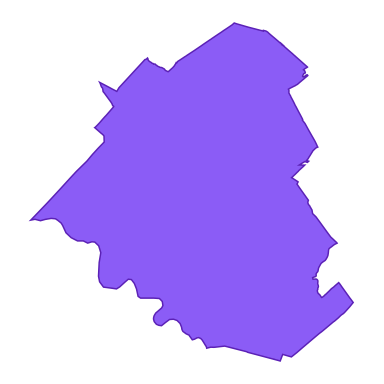 Costestii Din Vale, Dâmbovita, Romania
{"feature_id": "2599482B66732417468011", "entity_name": "Costestii Din Vale", "entity_type": "district", "adm_level": 2, "iso_a3": "ROU", "parent_name": "Romania", "parent_adm1": "Dâmbovita", "projection": "albers", "projection_center": [25.499, 44.642], "detail": "fine", "context": "isolated", "style": "filled", "palette": "violet", "viewbox_px": 384, "rotation_deg": 0, "n_neighbors": 0, "source": "geoboundaries", "source_scale": "gbopen_adm2", "svg_char_len": 5425}
<svg xmlns="http://www.w3.org/2000/svg" viewBox="0 0 384 384"><path d="M338.7,282.6L335.3,285.5L333.6,287.1L331.4,288.7L329.5,290.7L327.0,293.1L326.2,294.0L325.3,294.5L324.5,295.5L322.9,296.8L322.3,297.3L321.6,297.5L321.4,297.3L320.8,296.3L319.7,294.7L318.9,294.0L318.2,293.4L317.6,292.2L317.3,290.7L317.6,289.7L317.8,289.4L317.8,288.1L318.2,287.3L318.4,286.5L318.2,285.2L317.8,284.2L317.7,283.4L317.9,281.7L317.8,280.5L317.4,279.9L316.7,279.2L315.9,279.0L313.0,279.2L312.6,277.6L313.5,277.3L315.7,276.5L316.2,275.9L316.1,274.0L316.7,272.8L317.8,271.6L318.1,270.5L318.5,268.3L318.8,267.5L320.5,264.4L321.1,263.4L322.5,262.2L325.2,260.4L326.2,259.0L327.3,257.0L327.9,255.5L328.2,253.7L328.4,252.1L328.5,250.5L328.7,249.5L329.1,248.6L330.2,247.7L331.6,246.7L333.2,245.4L334.6,244.4L335.8,243.8L337.1,243.2L336.8,242.7L335.4,241.4L333.1,239.2L330.8,237.1L329.3,235.1L326.5,231.3L322.8,226.2L319.4,221.5L317.9,219.5L316.1,217.0L315.8,216.7L312.6,213.6L312.0,210.0L310.7,207.8L310.6,207.5L310.2,207.0L309.8,206.0L308.4,204.4L308.3,204.0L308.0,203.3L307.9,202.7L307.8,202.1L308.4,200.3L305.0,195.5L302.0,191.3L299.6,187.9L297.0,184.1L298.1,181.9L292.4,178.1L291.6,177.7L293.4,176.0L294.2,175.2L294.8,174.7L296.0,173.5L296.5,173.0L297.4,172.1L298.2,171.4L298.9,170.5L300.9,168.7L302.0,167.7L303.0,166.8L304.7,165.1L302.3,165.1L301.3,165.0L301.1,165.0L299.3,165.0L301.9,163.3L304.9,161.6L307.4,162.4L308.7,161.2L306.6,160.5L308.1,158.7L308.7,157.6L310.0,155.6L313.0,150.7L315.3,148.5L316.6,147.5L317.1,147.4L317.8,147.1L317.4,146.4L317.3,146.2L316.5,144.4L315.0,141.3L312.8,137.4L312.6,137.1L308.9,130.6L305.0,123.5L302.4,120.1L302.6,119.8L302.7,119.5L302.5,119.1L302.1,118.3L300.8,115.8L298.8,112.1L295.9,106.5L295.3,105.6L294.4,103.6L293.2,101.2L292.1,99.1L290.9,96.9L290.4,95.6L289.9,94.9L289.5,94.1L289.0,93.2L288.9,92.6L288.9,91.6L289.0,90.9L288.9,90.3L288.7,89.7L288.4,89.2L289.2,88.7L290.3,88.1L290.9,87.8L291.5,87.5L294.1,86.2L295.2,85.7L295.8,85.3L296.2,85.0L297.4,84.4L298.8,83.2L299.8,82.3L301.0,81.3L301.6,80.8L302.5,80.0L303.3,79.4L303.8,79.0L304.3,78.5L307.8,75.6L307.4,74.9L306.7,74.9L306.1,75.1L304.7,76.3L303.6,76.9L303.1,76.8L302.6,76.2L302.7,75.7L303.4,74.5L303.5,74.2L303.6,73.8L304.6,73.3L305.3,72.9L305.3,72.5L304.8,71.1L304.2,70.2L303.5,69.8L304.4,69.0L305.2,68.5L307.4,67.2L307.5,67.1L307.2,66.8L293.1,54.3L293.0,54.2L292.8,54.0L292.3,53.5L292.0,53.3L288.2,50.0L284.1,46.4L283.0,45.5L282.7,45.3L283.2,45.3L281.8,44.0L280.3,42.7L280.1,42.9L277.6,40.7L277.0,40.2L269.0,33.4L268.4,32.8L267.7,32.1L266.9,31.6L266.3,31.2L265.4,30.9L264.7,30.7L264.2,30.6L263.5,30.4L263.5,30.6L263.4,31.1L248.4,27.2L236.6,23.8L234.2,23.0L232.2,24.8L230.6,25.9L226.3,28.8L223.4,30.7L221.3,32.2L218.4,34.1L215.3,36.2L209.1,40.4L203.8,44.0L201.4,45.7L198.9,47.4L193.6,51.0L192.5,51.7L189.3,53.8L184.9,56.7L181.0,59.3L177.6,61.5L176.7,62.9L176.2,62.6L175.9,63.2L175.3,64.3L174.5,65.5L174.0,66.3L173.5,66.8L172.6,67.8L171.0,69.2L168.6,71.4L168.1,71.7L165.3,70.4L164.7,69.4L164.4,69.2L164.1,68.8L163.7,68.7L163.3,68.4L162.9,68.2L162.6,68.0L162.0,67.7L161.5,67.5L160.5,67.4L159.9,67.3L159.6,67.2L159.3,66.9L158.7,66.7L158.1,66.4L157.7,66.2L157.3,66.1L157.2,66.0L157.1,65.7L156.9,65.5L156.7,65.3L156.2,65.2L155.8,64.8L155.5,64.4L155.2,64.1L154.8,64.0L154.1,64.1L153.7,64.2L153.4,63.9L153.3,63.7L153.1,63.5L152.8,63.5L152.4,63.3L152.1,63.2L151.8,63.0L151.6,62.9L151.3,62.6L151.0,62.3L150.7,62.2L150.3,62.0L149.8,61.6L149.4,61.4L148.7,60.7L148.1,59.9L147.9,59.5L148.0,59.3L148.0,59.0L147.9,58.7L147.7,58.3L147.5,58.0L146.3,59.2L144.9,59.6L140.2,64.7L119.0,87.7L116.8,91.4L112.0,88.9L110.0,87.8L104.5,84.9L99.7,82.4L100.0,83.0L100.3,83.6L100.8,85.2L101.5,87.0L102.4,87.9L102.8,89.4L103.1,91.6L104.2,92.9L110.8,101.9L112.0,103.7L112.4,105.0L113.0,105.9L113.6,106.2L113.7,106.7L113.2,107.3L111.8,108.9L111.1,109.7L110.7,110.2L109.9,111.1L105.8,115.8L104.9,116.7L102.4,119.5L100.0,122.3L99.1,123.3L96.7,125.8L95.2,127.3L94.7,127.6L101.3,133.4L102.1,134.0L103.6,135.4L104.0,136.1L104.2,142.0L101.6,144.7L98.2,148.2L96.1,150.5L92.6,154.3L91.0,156.2L86.9,161.1L76.5,171.3L76.3,171.6L76.0,171.8L69.8,178.5L59.3,190.0L47.6,202.6L45.7,204.6L30.8,220.1L35.0,219.3L40.5,220.7L45.2,219.4L48.1,218.9L51.2,218.4L55.5,218.8L57.9,220.4L61.2,223.1L62.7,225.6L66.0,232.8L71.2,237.7L77.5,240.9L83.3,240.9L87.7,243.1L91.9,241.8L94.8,242.1L98.7,245.8L100.8,252.7L99.2,262.4L98.5,276.2L99.6,281.8L103.5,287.1L111.8,288.2L116.5,288.9L119.7,286.9L125.2,281.9L128.3,279.2L131.4,279.6L134.3,283.4L136.5,288.9L138.1,296.4L140.6,298.1L146.8,298.1L153.5,298.1L159.4,298.5L162.3,301.5L162.9,305.6L161.7,307.9L155.8,313.0L155.7,313.1L154.2,315.6L153.7,317.2L153.5,319.0L154.2,321.6L156.4,324.3L158.8,325.3L161.5,325.7L165.5,322.5L169.5,319.5L173.5,319.2L177.1,320.5L180.1,323.5L181.5,327.0L182.0,329.6L182.9,331.4L186.1,333.8L189.2,335.2L189.4,335.8L192.3,339.8L194.5,339.2L196.9,337.9L198.7,337.6L200.7,338.5L202.0,339.8L203.6,342.3L205.1,344.8L206.4,346.8L206.7,348.2L210.7,347.2L211.3,347.2L213.9,347.3L215.9,347.1L224.7,346.1L228.3,347.0L238.4,349.6L245.9,351.5L246.6,351.7L247.7,352.3L257.9,355.0L278.1,360.4L280.2,361.0L282.7,354.4L291.4,356.9L296.7,352.7L302.6,347.6L311.3,340.2L319.0,333.7L322.0,331.4L322.5,331.0L323.0,330.6L333.6,321.7L334.3,321.3L338.4,317.8L340.3,315.9L341.3,315.0L342.0,314.5L343.5,313.5L345.0,312.0L349.7,306.8L353.2,302.5L350.4,298.7L350.2,298.5L341.6,286.5L340.1,284.3L338.7,282.6Z" fill="#8b5cf6" stroke="#5b21b6" stroke-width="1.5"/></svg>